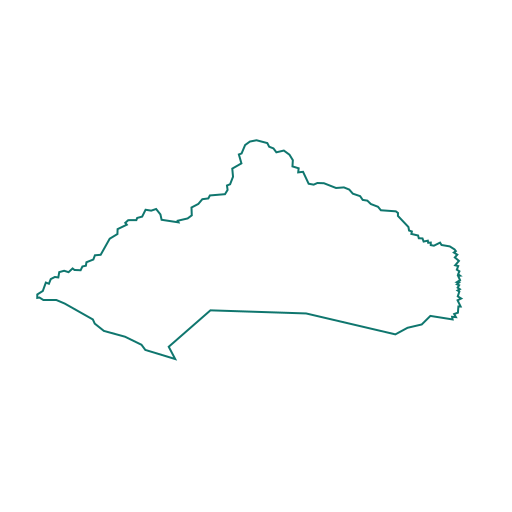 outline of Raga, Western Bahr el Ghazal, South Sudan, rotated 99°
{"feature_id": "79223893B70929244954658", "entity_name": "Raga", "entity_type": "district", "adm_level": 2, "iso_a3": "SSD", "parent_name": "South Sudan", "parent_adm1": "Western Bahr el Ghazal", "projection": "equal_earth", "projection_center": [25.202, 8.544], "detail": "medium", "context": "isolated", "style": "outline", "palette": "teal", "viewbox_px": 512, "rotation_deg": 99, "n_neighbors": 0, "source": "geoboundaries", "source_scale": "gbopen_adm2", "svg_char_len": 1918}
<svg xmlns="http://www.w3.org/2000/svg" viewBox="0 0 512 512"><g transform="rotate(99 256 256)"><path d="M316.8,292.5L304.9,197.5L311.6,106.1L303.2,95.1L297.7,81.6L287.9,74.4L287.9,51.9L285.4,52.8L285.1,49.0L282.3,51.2L280.4,47.7L274.2,48.2L273.9,46.0L268.2,50.0L265.9,46.7L264.3,50.4L259.3,49.6L258.5,51.5L256.9,49.5L255.7,51.9L253.1,50.8L252.5,53.1L250.4,51.3L250.3,53.4L247.9,50.7L244.0,53.3L243.5,51.4L242.4,53.5L239.3,52.7L238.1,55.5L234.3,54.7L234.0,57.8L229.1,54.8L226.3,59.4L223.2,57.4L221.6,61.1L219.9,59.4L218.4,61.0L216.2,66.1L216.1,74.5L214.0,76.3L218.0,81.9L217.9,85.1L215.4,85.5L216.0,88.0L214.0,88.7L215.5,92.7L212.6,94.3L213.0,98.0L210.4,99.1L209.9,106.0L207.4,105.9L206.9,108.8L203.5,110.0L194.2,122.1L191.3,122.5L190.0,124.9L191.3,139.8L188.3,143.2L186.7,150.7L183.9,154.7L183.9,159.4L180.6,162.5L179.3,170.1L175.8,174.3L174.5,179.9L176.3,187.6L173.5,200.3L174.3,206.8L176.5,210.2L176.4,215.3L165.5,222.7L166.8,227.4L162.7,227.6L161.8,234.0L155.6,234.6L150.7,238.8L147.5,245.0L150.4,252.1L147.0,255.6L146.0,260.1L142.7,262.5L141.6,273.6L143.9,279.9L148.1,284.1L157.0,286.3L158.4,288.8L166.8,284.9L173.4,293.1L181.3,291.1L189.2,292.8L190.9,295.7L195.2,294.4L199.8,296.3L203.4,311.0L206.6,312.1L208.3,317.9L213.6,321.1L218.2,327.3L225.9,325.8L229.6,329.4L233.4,338.8L234.9,337.8L235.0,354.9L229.9,356.9L225.2,362.0L227.6,366.6L227.6,372.3L234.9,374.6L237.0,379.3L239.3,379.8L240.6,387.8L243.7,390.3L245.3,388.5L251.1,396.9L256.0,396.3L261.8,403.2L279.1,409.6L280.5,415.2L284.9,416.1L288.7,422.5L292.2,422.5L293.5,425.8L297.5,427.0L298.2,433.1L297.0,435.2L301.3,438.6L300.6,443.2L302.7,447.8L308.1,447.9L308.2,451.4L310.9,455.1L315.8,456.2L315.1,459.4L323.9,461.1L328.2,466.0L331.6,465.5L330.9,463.4L332.7,459.2L330.7,446.3L332.9,437.5L344.2,407.2L348.0,404.7L353.8,394.5L356.2,372.8L361.6,355.2L366.1,350.6L370.4,319.7L359.3,328.0L316.8,292.5Z" fill="none" stroke="#0f766e" stroke-width="2"/></g></svg>